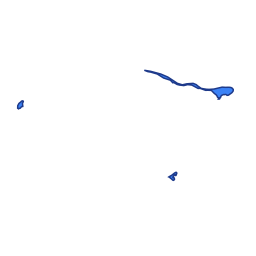 the district of Aulotu, Tuvalu, rotated 265°
{"feature_id": "33948139B63350704470627", "entity_name": "Aulotu", "entity_type": "district", "adm_level": 2, "iso_a3": "TUV", "parent_name": "Tuvalu", "parent_adm1": "", "projection": "natural_earth1", "projection_center": [178.346, -8.002], "detail": "fine", "context": "isolated", "style": "filled", "palette": "blue", "viewbox_px": 256, "rotation_deg": 265, "n_neighbors": 0, "source": "geoboundaries", "source_scale": "gbopen_adm2", "svg_char_len": 2382}
<svg xmlns="http://www.w3.org/2000/svg" viewBox="0 0 256 256"><g transform="rotate(265 128 128)"><path d="M153.5,218.6L152.1,219.5L150.8,219.9L150.2,220.9L149.4,220.9L149.0,220.5L148.8,221.2L149.3,222.1L150.2,222.1L150.6,223.0L151.4,223.2L152.3,224.1L152.6,224.8L153.0,226.2L152.8,226.8L153.0,227.9L152.7,228.7L152.4,229.1L151.9,229.5L151.9,230.6L152.1,231.2L152.4,231.7L152.7,232.2L153.1,232.9L153.5,233.6L153.9,234.2L154.2,234.7L154.9,235.3L155.4,235.8L156.2,236.1L157.3,236.2L158.7,235.2L159.4,234.0L159.8,232.1L160.0,228.7L160.5,225.3L159.9,221.1L159.3,217.0L159.4,212.5L159.7,209.8L160.5,206.5L161.2,204.2L162.1,203.2L163.5,201.5L165.3,199.7L166.8,196.7L166.9,190.4L166.3,185.9L168.2,181.1L171.6,176.8L175.3,172.1L178.9,165.4L182.5,155.5L184.1,149.3L182.4,152.7L181.7,155.5L179.2,161.9L176.7,165.2L174.7,167.8L171.9,174.4L169.1,176.6L169.3,177.6L167.1,180.7L166.3,183.0L165.4,187.3L166.0,191.2L165.2,195.3L161.3,201.3L161.2,203.3L159.9,206.1L158.8,208.5L158.6,211.2L158.2,214.3L154.9,217.0L153.5,218.6ZM157.3,19.8L156.6,20.7L157.0,21.1L157.1,22.3L157.4,22.7L157.7,22.9L158.1,23.4L158.4,23.7L158.6,24.3L158.6,25.0L159.0,25.2L159.5,25.0L159.9,25.0L160.6,25.0L161.0,25.1L161.4,25.0L161.9,25.1L162.3,25.3L162.6,25.5L163.0,25.8L163.4,26.0L163.6,26.0L163.8,26.0L163.9,25.8L164.2,25.5L164.2,25.0L164.0,24.2L163.5,23.8L163.1,23.1L162.8,22.8L162.6,22.4L162.2,21.8L161.6,21.2L161.0,20.9L160.1,20.2L159.1,20.0L157.3,19.8ZM71.9,168.5L72.0,168.8L72.0,169.0L72.3,169.3L72.4,169.5L72.5,169.6L72.7,169.8L72.8,169.8L73.0,169.8L73.5,169.8L73.9,169.8L74.0,169.8L74.2,169.7L74.3,169.5L74.4,169.4L74.4,169.2L74.5,168.9L74.5,168.7L74.8,168.5L75.0,168.4L75.1,168.5L75.3,168.5L75.5,168.8L75.6,169.0L75.9,169.1L76.1,169.3L76.4,169.4L76.6,169.6L77.0,169.9L77.1,170.1L77.3,170.5L77.3,170.9L77.3,171.0L77.2,171.1L76.9,171.0L76.7,171.0L76.5,171.3L76.5,171.5L76.8,171.8L77.1,172.0L77.4,172.1L77.7,172.2L77.9,172.3L78.2,172.4L78.4,172.5L78.7,172.7L78.9,172.7L79.1,172.6L79.3,172.5L79.5,172.3L79.7,172.1L79.7,171.9L79.4,171.2L79.2,170.7L78.7,169.8L78.4,169.5L77.9,168.6L77.3,167.9L77.1,167.3L76.8,166.9L76.7,166.5L76.6,166.4L76.5,166.1L76.2,165.6L76.2,165.4L76.1,165.2L76.0,164.9L75.7,164.4L75.6,164.6L75.4,164.9L75.2,165.0L74.9,165.4L74.5,165.8L74.2,166.1L73.9,166.4L73.4,166.9L73.1,167.2L73.0,167.3L72.8,167.5L72.5,167.7L72.3,167.9L71.9,168.5Z" fill="#3b82f6" stroke="#1e3a8a" stroke-width="1.5"/></g></svg>